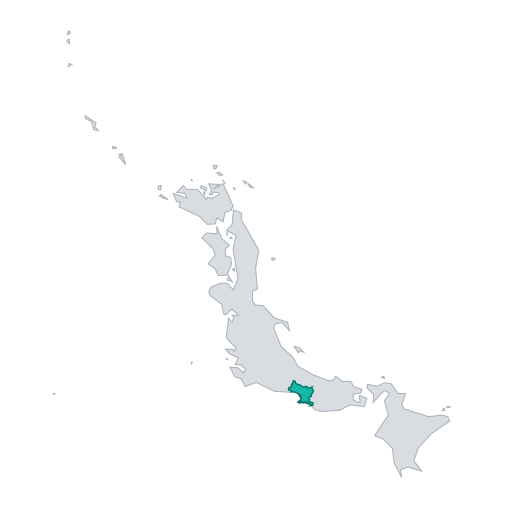 Japan, with Miyagi highlighted, rotated 95°
{"feature_id": "JPN-1866", "entity_name": "Miyagi", "entity_type": "Prefecture", "adm_level": 1, "iso_a3": "JPN", "parent_name": "Japan", "parent_adm1": "", "projection": "albers", "projection_center": [141.11, 38.38], "detail": "fine", "context": "in_parent", "style": "filled", "palette": "teal", "viewbox_px": 512, "rotation_deg": 95, "n_neighbors": 0, "source": "natural_earth", "source_scale": "10m", "svg_char_len": 6946}
<svg xmlns="http://www.w3.org/2000/svg" viewBox="0 0 512 512"><g transform="rotate(95 256 256)"><path d="M388.3,133.1L396.6,135.2L396.2,149.6L402.2,158.7L405.2,176.9L404.1,183.7L398.3,191.1L397.0,198.7L391.0,200.1L388.6,204.1L389.2,226.0L381.9,244.7L387.0,255.4L379.8,259.9L378.0,266.8L369.0,272.4L368.9,264.3L373.6,258.3L369.1,256.7L365.8,261.9L366.2,267.4L358.9,264.5L355.8,273.7L351.4,278.3L351.0,270.8L352.8,269.7L349.6,267.6L340.1,278.5L320.4,278.0L324.3,274.2L318.9,272.6L317.2,274.7L316.3,267.9L311.3,275.6L317.1,281.0L316.5,283.3L307.2,286.0L299.2,298.5L295.2,299.9L291.0,298.2L285.9,288.3L285.8,282.3L291.7,275.8L280.2,271.9L251.6,279.4L237.1,277.7L233.2,287.6L226.6,282.4L212.0,282.5L214.5,273.9L220.6,274.1L250.0,253.7L268.2,255.3L289.0,251.7L291.4,256.5L301.4,255.4L304.9,252.2L304.8,244.8L316.2,232.1L319.3,218.7L327.5,216.1L320.0,224.3L321.7,230.3L325.5,232.3L344.0,223.1L353.9,210.1L362.0,204.9L369.5,188.4L374.0,172.8L372.9,167.9L368.8,166.4L373.3,159.3L372.7,150.6L377.8,147.0L379.5,138.9L383.4,139.6L385.3,147.3L391.2,146.3L393.2,139.4L386.1,140.8L386.2,138.4L388.3,133.1ZM432.5,77.4L446.3,80.9L455.9,72.0L453.0,86.2L456.5,93.6L464.0,91.5L450.3,100.3L435.6,103.3L427.4,113.3L424.6,122.2L402.7,110.3L389.1,115.4L381.2,110.8L378.8,116.4L391.7,126.7L383.9,126.5L377.7,134.1L374.0,133.6L375.3,124.4L371.1,116.6L371.5,110.2L380.5,102.4L380.0,95.1L391.5,97.7L395.2,95.6L401.0,70.2L398.2,56.1L399.4,50.9L403.4,48.6L418.0,66.1L432.5,77.4ZM215.6,290.8L224.8,291.8L221.3,298.4L227.6,299.4L228.7,307.4L221.7,315.5L213.6,337.1L208.9,336.0L208.9,339.8L200.9,344.0L204.2,329.7L199.9,332.3L199.5,340.4L192.1,334.6L195.7,331.0L194.6,320.5L203.9,310.4L201.5,309.3L202.7,305.7L198.1,297.8L196.0,299.1L196.2,304.5L198.9,304.8L198.8,308.0L193.8,306.0L188.3,309.5L187.9,299.1L192.9,304.1L186.7,295.2L208.3,283.1L212.4,284.7L215.6,290.8ZM265.7,279.6L277.6,283.1L278.8,291.8L272.1,295.8L268.0,303.1L258.8,296.8L252.4,299.5L242.7,311.5L237.5,307.5L237.1,296.6L230.2,297.9L241.7,291.5L247.6,283.5L251.8,287.3L258.7,286.1L259.5,281.4L265.7,279.6ZM144.2,428.7L136.1,432.0L134.0,437.8L131.0,438.5L137.6,426.9L141.2,428.0L144.8,424.0L144.2,428.7ZM348.8,205.3L342.8,210.1L343.4,204.9L347.8,200.0L346.8,205.0L348.8,205.3ZM176.4,393.8L169.3,401.1L165.8,398.1L176.4,393.8ZM193.0,317.3L190.8,316.8L192.4,311.1L195.3,311.0L193.0,317.3ZM282.8,282.2L278.2,281.7L284.4,276.8L282.5,279.8L282.8,282.2ZM198.0,359.6L194.7,359.1L194.0,356.4L198.6,357.0L198.0,359.6ZM188.3,267.6L184.2,270.7L188.2,264.5L188.3,267.6ZM204.5,357.5L202.9,356.3L207.3,348.6L206.8,352.5L204.5,357.5ZM169.3,302.5L172.3,303.4L172.9,305.8L169.2,306.3L169.3,302.5ZM185.2,272.7L182.2,275.3L183.2,271.7L185.2,272.7ZM52.0,463.4L48.0,462.4L48.1,461.8L50.3,460.2L52.0,463.4ZM258.9,239.7L256.6,240.1L256.3,237.6L257.9,236.7L258.9,239.7ZM176.7,302.3L175.6,299.8L178.1,296.3L179.0,299.4L176.7,302.3ZM60.8,460.1L59.0,463.0L57.1,462.9L56.4,460.9L60.8,460.1ZM161.3,408.6L159.4,408.2L160.0,404.7L160.9,404.6L161.3,408.6ZM393.9,56.9L391.6,56.2L391.4,55.1L393.2,54.5L393.9,56.9ZM200.5,312.2L197.2,313.8L196.4,312.8L200.5,312.2ZM365.8,120.4L364.7,118.2L366.7,117.4L365.8,120.4ZM234.4,287.0L236.3,286.4L238.6,286.5L234.4,287.0ZM390.3,49.9L389.9,53.7L389.0,49.6L390.3,49.9ZM185.5,294.0L182.8,296.0L186.8,292.6L185.5,294.0ZM83.9,459.4L80.5,459.0L81.3,456.2L82.0,457.8L83.9,459.4ZM191.7,283.2L189.6,284.9L190.7,282.5L191.7,283.2ZM272.6,276.2L271.1,278.5L270.1,276.3L272.6,276.2ZM167.4,399.8L166.7,401.3L166.2,399.3L167.4,399.8ZM361.7,275.2L361.1,277.0L360.8,275.2L361.7,275.2ZM186.6,326.9L185.0,327.2L186.6,325.9L186.6,326.9ZM240.8,281.2L240.8,283.3L239.2,282.9L240.8,281.2ZM369.0,310.8L367.3,311.1L367.3,310.1L369.0,310.8ZM411.3,444.6L411.5,446.6L410.3,444.4L411.3,444.6Z" fill="#d9dde1" stroke="#a8b0b8" stroke-width="1"/><path d="M399.8,186.7L399.8,186.8L399.9,187.7L400.3,188.8L400.4,189.2L400.0,188.9L399.9,188.5L399.8,188.4L399.7,188.4L399.6,188.5L399.4,188.5L399.1,188.5L398.9,188.8L398.9,189.1L398.9,189.6L399.0,189.7L398.9,189.9L398.7,190.2L398.0,190.7L397.9,191.0L398.0,191.1L398.3,191.6L398.6,191.8L398.7,192.0L398.6,192.3L398.4,192.4L398.2,192.3L397.9,192.6L397.8,192.8L397.4,192.9L397.2,193.0L396.9,193.2L396.9,193.4L397.1,193.6L397.3,193.7L398.0,193.7L398.1,193.9L398.0,194.2L397.8,194.5L397.7,194.6L397.0,195.2L397.2,195.4L397.5,195.8L397.8,195.9L398.0,195.6L398.2,195.9L398.3,196.3L398.3,196.6L398.2,197.0L397.9,196.9L397.8,196.7L397.5,197.3L397.4,197.5L397.5,197.5L397.7,197.8L397.2,197.9L397.1,198.0L397.2,198.4L397.1,198.6L397.3,198.9L397.5,198.8L397.8,198.7L398.2,198.8L398.4,199.1L398.1,199.0L397.9,199.0L397.7,199.1L397.6,199.4L398.0,199.6L398.0,200.1L398.0,200.5L398.3,200.8L398.2,201.0L398.0,201.6L397.9,201.5L397.4,201.1L397.0,201.0L396.9,200.9L396.9,200.6L397.0,200.5L397.0,200.4L396.8,200.2L396.3,200.0L396.4,199.8L396.5,199.4L396.3,199.2L396.2,199.2L395.8,199.3L395.6,199.2L395.1,198.7L394.8,198.6L394.3,198.6L393.0,198.9L392.6,199.1L392.2,199.4L392.1,199.9L392.1,200.4L391.8,200.4L391.7,200.3L391.4,199.4L391.3,199.5L391.1,199.5L390.9,199.4L390.6,199.6L390.3,199.9L390.1,200.3L390.0,200.7L390.4,200.6L390.6,200.7L390.6,200.8L390.6,201.0L390.4,201.1L390.1,201.4L389.5,202.1L389.0,202.9L388.7,203.6L388.0,206.2L387.9,207.1L387.9,208.0L388.1,209.5L387.2,209.6L386.8,209.9L386.8,210.1L386.8,210.5L386.8,211.3L386.7,211.5L386.3,211.8L385.5,211.8L385.6,212.0L385.3,212.1L384.8,212.0L384.1,211.5L384.0,211.3L383.9,211.1L383.9,210.5L383.9,210.2L383.7,209.9L383.4,209.7L383.1,209.6L382.8,209.5L382.1,209.3L381.2,209.5L380.8,209.4L380.6,209.3L380.4,208.8L380.2,208.6L379.9,208.4L379.3,208.2L379.0,208.2L378.4,208.3L377.9,208.3L377.0,208.0L377.2,206.6L377.3,206.2L377.5,206.0L377.7,205.9L378.3,205.8L378.6,205.8L378.9,205.5L379.2,205.3L379.5,204.8L379.9,204.3L380.1,204.0L380.2,203.5L380.3,203.2L380.3,202.8L380.3,202.0L380.4,201.5L380.5,201.3L380.6,201.0L381.0,200.5L381.1,200.2L381.3,199.7L381.7,199.2L381.8,199.1L381.9,198.9L382.2,198.1L382.4,197.6L382.4,197.4L382.3,197.1L382.2,196.9L382.0,196.7L381.9,196.5L381.9,196.1L381.9,195.2L381.8,194.9L381.6,194.4L381.5,194.1L381.5,193.9L381.7,193.6L381.8,193.6L382.1,193.6L382.3,193.6L382.5,193.5L382.6,193.3L382.7,193.0L382.7,192.7L382.7,192.2L382.8,191.7L382.9,191.4L382.9,191.2L382.6,190.5L382.3,189.8L381.7,189.1L381.6,188.6L382.0,188.8L382.3,188.8L383.4,188.4L384.2,187.8L384.5,187.6L384.7,187.4L384.9,187.3L385.3,187.1L386.2,187.2L387.7,187.9L388.9,188.6L389.1,188.7L389.3,188.8L390.5,188.8L391.1,188.8L391.4,189.0L391.5,189.1L391.4,189.3L391.2,189.5L391.1,189.8L391.5,190.3L391.7,190.6L392.2,190.9L392.8,191.3L393.0,191.3L393.2,191.2L393.4,190.9L393.6,190.8L394.0,190.5L394.2,190.4L394.3,190.2L394.5,190.0L394.8,190.1L395.1,190.2L396.0,190.6L396.6,190.1L396.7,189.8L396.7,189.6L396.7,189.2L396.7,188.8L396.7,188.6L396.9,188.4L397.0,188.3L397.1,188.1L397.2,187.9L397.2,187.7L397.2,187.2L397.2,186.8L397.2,186.6L397.5,186.4L398.1,186.3L398.6,186.4L399.1,186.6L399.7,186.7L399.8,186.7Z" fill="#14b8a6" stroke="#0f766e" stroke-width="1.5"/></g></svg>